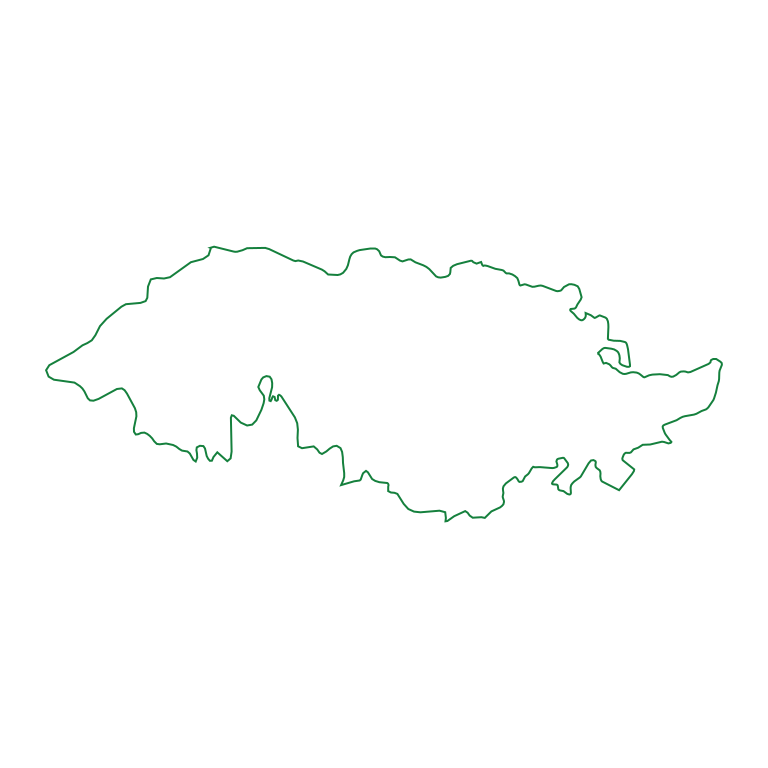 SVG path tracing the border of Jalal-Abad
{"feature_id": "KGZ-1120", "entity_name": "Jalal-Abad", "entity_type": "Region", "adm_level": 1, "iso_a3": "KGZ", "parent_name": "Kyrgyzstan", "parent_adm1": "", "projection": "albers", "projection_center": [73.017, 41.512], "detail": "fine", "context": "isolated", "style": "outline", "palette": "green", "viewbox_px": 768, "rotation_deg": 0, "n_neighbors": 0, "source": "natural_earth", "source_scale": "10m", "svg_char_len": 6110}
<svg xmlns="http://www.w3.org/2000/svg" viewBox="0 0 768 768"><path d="M164.0,278.5L170.0,277.2L190.9,262.2L203.0,259.0L208.5,255.3L210.9,248.0L210.4,247.8L214.1,246.7L233.4,251.5L235.1,251.8L237.2,251.7L242.5,250.2L247.1,248.2L265.2,247.9L269.2,249.1L293.3,260.5L295.4,261.1L298.2,260.5L303.0,261.5L321.9,269.6L324.6,271.3L328.1,274.5L337.6,275.0L340.3,274.4L343.1,272.8L346.3,268.9L347.9,265.3L349.4,259.2L350.2,256.6L351.6,254.2L353.5,252.4L357.0,250.9L359.6,250.1L370.5,248.5L375.1,248.5L377.0,249.2L379.2,251.2L381.0,255.4L382.8,256.6L385.4,257.2L389.9,257.0L395.0,257.3L400.0,260.6L402.5,261.4L408.3,259.5L410.7,259.4L415.4,262.3L423.3,265.3L426.4,266.9L429.3,269.1L436.1,276.4L438.2,277.3L440.7,277.6L445.2,276.9L448.1,275.9L449.9,274.0L450.3,272.3L450.7,267.9L453.2,265.8L457.0,264.2L471.0,260.7L472.1,260.9L473.3,262.2L476.6,263.6L481.1,262.0L482.1,264.6L482.6,265.4L483.3,265.9L484.2,265.5L485.8,265.6L487.8,266.1L495.3,268.8L501.8,270.0L503.5,270.6L505.6,272.8L506.5,273.4L509.1,273.4L512.4,274.5L515.0,276.1L517.3,278.1L518.4,280.8L519.4,284.5L519.8,285.2L520.4,285.5L524.5,284.3L525.9,284.5L532.3,286.8L534.4,286.7L538.8,285.7L540.8,285.5L542.7,285.9L556.2,291.0L557.7,291.2L560.0,290.8L561.2,290.3L564.0,287.0L569.0,284.3L571.3,284.2L574.4,284.8L577.7,286.3L579.3,289.0L581.6,297.2L580.7,299.6L577.4,304.5L576.0,307.4L575.2,308.2L574.4,308.6L570.7,309.0L570.3,309.4L570.2,310.1L570.7,311.0L573.8,313.7L577.2,317.8L579.0,319.3L580.6,320.1L581.9,320.3L583.1,319.8L584.2,318.9L585.1,317.8L585.6,316.6L585.8,315.3L585.6,313.0L590.8,315.2L594.5,317.9L595.4,317.7L599.3,315.5L599.8,315.4L605.5,317.6L606.8,318.7L607.9,321.3L608.3,324.1L608.4,327.1L607.9,338.8L608.6,339.7L613.7,340.7L620.2,340.9L624.9,342.0L625.9,342.6L626.5,343.5L627.1,345.2L628.0,349.2L630.0,364.8L630.0,366.2L629.0,366.8L627.0,366.8L622.3,365.2L620.4,363.9L619.4,362.4L619.8,358.3L619.4,355.3L618.8,353.6L618.0,352.1L616.7,350.9L614.1,349.4L611.3,348.7L605.3,347.9L604.2,348.0L602.5,348.9L598.1,352.9L598.4,354.1L599.0,354.2L600.6,356.6L602.7,361.9L603.6,363.5L606.1,362.9L609.3,364.3L610.4,365.3L611.9,367.2L612.8,367.9L615.7,368.7L619.7,372.2L622.8,373.8L624.5,374.0L626.2,373.8L630.8,372.4L633.2,372.2L636.7,372.6L638.7,373.4L640.3,374.5L643.5,377.1L644.5,377.3L649.1,375.3L652.4,374.6L659.9,374.2L667.9,375.1L669.9,376.3L671.4,376.8L673.2,376.6L676.3,374.9L679.4,372.3L680.9,371.6L683.8,371.4L685.5,371.6L688.0,372.4L690.4,372.0L708.6,363.9L710.4,362.4L710.8,360.6L711.2,360.0L713.2,359.0L716.2,359.0L720.4,361.7L721.7,363.0L721.9,364.8L719.6,370.6L719.3,372.6L719.1,379.0L718.8,381.1L717.5,385.3L715.9,392.7L714.1,398.3L713.4,400.0L708.4,407.3L707.2,408.5L706.0,409.4L701.6,411.0L696.4,413.8L694.0,414.6L684.9,416.2L682.7,416.8L680.4,417.9L676.6,420.2L664.9,424.6L663.4,425.4L662.7,426.4L662.8,427.9L664.7,432.8L665.5,434.3L669.6,439.9L671.4,441.9L671.2,442.4L670.5,442.9L668.4,443.4L664.1,442.0L662.0,441.7L650.2,444.5L642.7,444.8L638.2,447.7L633.5,449.4L631.0,452.3L629.6,452.9L625.8,452.8L624.7,453.5L623.8,454.6L622.6,457.5L622.3,458.8L622.7,460.2L634.2,469.4L633.9,471.1L632.0,474.1L619.1,490.2L602.1,481.5L601.3,480.6L600.7,479.1L600.3,476.2L600.5,473.6L600.3,471.7L599.7,470.3L596.6,468.0L595.7,466.9L595.4,465.0L595.8,462.4L595.6,461.4L594.9,460.8L593.4,460.1L591.0,460.5L588.6,463.3L580.8,476.5L579.9,477.4L574.3,481.4L572.6,483.1L571.3,484.8L570.8,486.4L570.6,487.9L570.9,493.0L570.7,493.8L570.2,494.3L569.3,494.5L567.3,493.9L563.5,491.1L559.9,490.4L558.9,489.9L558.3,489.2L557.8,485.8L557.4,485.0L556.7,484.6L552.9,484.3L552.2,483.9L552.0,483.3L553.0,481.3L554.8,479.3L567.2,467.2L567.9,465.9L568.2,464.8L567.8,463.1L564.3,458.4L563.8,457.9L562.9,457.8L558.5,458.7L557.5,459.1L556.9,459.8L556.4,461.5L557.3,464.4L557.4,465.9L556.9,466.8L556.1,467.2L554.0,467.9L552.4,468.1L539.8,467.1L534.9,467.3L533.2,466.8L531.7,468.4L529.0,473.0L528.0,474.2L525.1,476.5L522.7,481.1L521.5,481.7L519.4,481.9L518.6,481.2L517.6,479.4L516.2,477.6L515.3,477.1L514.5,477.2L513.7,477.6L505.9,483.4L503.5,486.3L502.9,488.5L503.0,490.2L503.4,493.0L502.7,496.5L502.8,497.4L503.9,500.8L504.0,501.9L503.4,504.3L502.1,505.8L500.1,507.4L491.4,511.4L484.8,517.9L481.4,517.2L472.7,517.7L469.7,515.6L467.6,512.7L465.2,511.1L454.2,516.2L447.4,521.0L445.5,521.3L445.9,518.0L445.2,512.2L439.5,510.7L420.4,512.3L414.0,511.6L408.3,509.0L403.7,503.9L397.4,493.9L394.5,492.8L390.9,492.5L388.2,491.1L388.2,486.6L388.5,485.4L388.4,484.4L388.0,483.6L387.2,483.0L379.4,482.2L375.2,480.9L372.1,479.0L367.9,472.3L366.0,470.9L363.2,473.1L362.5,474.5L360.7,479.6L359.6,480.5L354.1,481.3L341.1,485.1L343.2,480.4L344.2,477.0L344.2,473.1L343.0,462.8L342.8,457.2L342.1,451.9L340.5,448.1L336.7,445.8L333.1,446.4L329.7,448.6L326.4,451.4L322.0,454.0L319.5,452.7L317.2,449.4L313.7,446.4L302.0,448.2L298.1,446.3L297.5,438.0L297.9,429.7L297.2,423.2L294.9,417.4L281.4,396.5L280.2,395.4L279.0,394.8L278.0,395.7L277.9,399.8L276.7,400.8L275.3,400.2L274.6,397.0L273.0,396.3L272.3,397.4L271.6,399.5L270.7,401.1L269.4,400.6L269.3,398.2L272.1,387.2L272.2,383.1L271.5,379.3L269.7,376.7L266.4,376.1L263.2,377.4L261.4,379.5L258.3,387.0L259.8,390.3L263.8,395.7L264.3,399.4L263.6,403.3L261.4,409.8L256.3,420.4L252.2,424.6L247.1,425.5L240.8,422.6L233.8,415.8L231.8,415.3L230.9,417.7L231.6,451.6L230.6,458.4L227.3,461.2L217.3,452.3L213.5,457.0L211.9,460.7L209.9,460.8L208.1,458.7L206.7,456.0L205.0,448.5L203.4,446.1L199.9,445.8L196.8,447.4L196.4,450.1L197.0,453.6L197.2,457.7L195.7,461.5L193.4,459.9L189.8,453.5L187.5,451.5L182.0,450.6L179.3,449.0L176.3,446.6L173.1,445.0L166.1,443.5L159.7,444.3L156.8,443.9L154.2,441.3L152.2,438.4L149.8,435.9L147.2,433.9L144.4,432.6L141.1,432.9L138.2,434.2L135.8,434.5L134.0,431.8L133.9,428.3L136.4,416.3L136.2,412.2L134.9,408.2L127.0,393.6L124.6,390.2L121.9,388.4L116.9,389.0L98.6,398.9L93.5,400.7L90.0,400.4L87.8,398.3L84.4,391.4L82.4,388.5L80.0,386.2L74.5,382.6L53.9,379.7L48.6,376.6L46.1,370.2L49.3,365.2L73.5,352.0L82.5,345.3L87.3,343.1L91.8,340.3L95.4,335.2L100.0,326.1L106.6,318.8L121.4,306.7L125.9,304.2L140.5,302.9L145.6,301.1L147.3,297.8L148.0,286.6L150.8,279.4L156.8,278.0L164.0,278.5Z" fill="none" stroke="#15803d" stroke-width="2"/></svg>